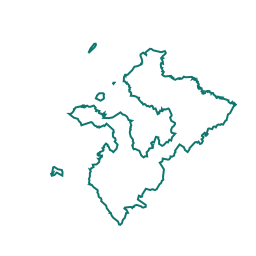 Serang, Banten, Indonesia, rotated 305°
{"feature_id": "22746128B3242616561013", "entity_name": "Serang", "entity_type": "district", "adm_level": 2, "iso_a3": "IDN", "parent_name": "Indonesia", "parent_adm1": "Banten", "projection": "mercator", "projection_center": [106.13, -6.072], "detail": "fine", "context": "isolated", "style": "outline", "palette": "teal", "viewbox_px": 256, "rotation_deg": 305, "n_neighbors": 0, "source": "geoboundaries", "source_scale": "gbopen_adm2", "svg_char_len": 5971}
<svg xmlns="http://www.w3.org/2000/svg" viewBox="0 0 256 256"><g transform="rotate(305 128 128)"><path d="M72.0,120.7L71.0,122.4L69.4,122.5L66.2,124.7L63.7,125.3L63.3,126.2L60.5,127.7L60.4,129.6L59.9,129.3L60.6,131.1L59.8,133.5L59.7,138.6L59.1,139.4L57.7,139.8L56.8,141.8L55.4,142.8L54.7,144.1L54.9,146.1L54.1,147.4L52.7,148.0L51.9,154.6L50.1,156.6L48.6,161.5L47.9,161.7L48.5,162.7L46.9,164.8L46.0,167.5L45.7,173.5L43.9,175.9L44.1,177.1L46.4,177.6L49.9,176.5L52.7,176.9L57.3,175.3L58.5,176.7L59.9,174.0L60.0,171.2L61.0,171.1L65.1,175.7L64.9,177.4L66.1,177.2L66.6,178.1L67.9,177.7L70.0,179.3L71.4,184.0L71.1,185.0L71.6,186.2L73.7,187.7L75.2,186.6L75.1,177.1L78.8,175.7L79.2,177.1L78.8,178.0L79.9,178.9L82.0,177.8L88.5,177.5L89.9,181.7L91.9,183.1L92.6,185.7L94.3,186.6L99.9,186.1L102.1,186.7L104.2,186.0L105.8,186.6L108.2,184.6L114.7,181.2L117.8,173.9L120.4,175.3L122.9,174.0L125.0,178.9L125.9,179.7L127.7,179.8L129.1,179.1L129.7,180.5L131.9,181.6L133.7,180.6L135.6,180.7L136.3,179.6L144.1,179.7L144.3,184.8L142.7,187.3L142.5,190.6L145.7,190.6L146.8,190.0L154.7,191.1L155.7,192.0L155.8,193.3L157.3,193.6L156.2,196.2L157.7,197.1L160.3,196.8L161.0,194.7L162.4,195.4L163.9,195.0L163.8,193.1L164.5,192.8L168.2,193.6L168.2,194.7L166.4,195.5L166.3,196.3L168.4,196.8L169.0,196.5L168.8,195.5L173.4,194.1L174.1,194.6L175.4,197.6L178.0,197.2L179.2,198.6L179.0,199.6L181.3,199.4L182.8,200.1L183.4,201.7L184.8,202.2L185.2,203.9L190.0,203.6L190.8,204.3L196.4,202.1L198.7,203.1L206.1,202.1L209.0,202.9L209.3,201.1L208.5,201.6L208.8,200.6L208.0,200.8L208.5,199.1L207.8,198.6L208.4,198.3L206.3,197.7L207.0,197.7L207.1,195.2L208.3,194.4L206.6,188.9L205.9,188.4L206.1,187.8L207.2,187.9L206.4,186.4L205.6,187.0L205.0,186.5L205.6,184.6L204.3,183.9L205.1,183.5L204.6,182.6L203.7,182.7L204.6,180.1L204.4,178.9L205.4,177.8L204.8,176.5L204.0,176.5L204.6,175.9L204.1,174.2L204.9,173.6L204.7,172.9L203.4,172.5L203.8,171.8L202.4,170.6L202.8,170.2L200.9,171.1L199.2,170.0L199.0,169.1L199.5,168.8L199.4,169.6L200.0,169.6L200.1,167.7L201.3,168.3L200.8,167.1L202.1,166.2L201.9,165.3L202.7,165.1L202.4,163.6L200.8,163.6L201.1,162.4L202.3,161.3L202.9,161.7L203.0,160.9L204.5,160.9L205.0,158.9L206.0,158.8L206.1,158.1L205.5,157.7L207.0,156.4L206.0,156.1L205.8,155.2L206.8,154.8L205.8,154.1L206.6,153.4L205.1,152.6L206.5,152.4L206.5,151.0L202.6,146.1L202.1,144.3L199.4,143.9L197.8,142.2L198.5,141.9L197.7,140.8L194.5,138.9L194.2,136.8L195.1,136.3L194.3,135.3L195.0,135.1L195.3,133.9L194.5,133.4L195.1,133.0L191.4,128.7L191.2,126.8L191.3,125.4L194.3,125.2L194.0,123.7L194.8,123.8L196.1,121.5L196.9,121.5L196.6,120.4L199.0,118.3L200.3,118.0L200.7,119.9L202.5,118.3L203.8,115.8L204.4,116.2L204.5,115.5L205.3,116.2L205.2,115.2L206.7,115.2L210.5,116.1L211.4,115.7L212.1,114.1L209.1,111.6L206.1,104.1L206.2,101.9L205.5,100.6L199.9,99.0L199.1,99.2L198.8,100.7L198.3,101.0L198.4,97.2L195.6,96.1L194.4,96.7L191.7,100.6L189.5,102.3L188.4,101.7L187.9,102.5L184.2,100.4L181.9,98.1L177.8,98.3L171.3,97.1L170.4,95.9L169.6,96.2L170.1,95.3L169.9,95.1L167.3,95.6L163.8,97.7L164.4,98.6L163.9,100.4L164.5,100.8L163.7,101.6L164.2,102.0L163.4,104.8L162.5,105.1L162.3,106.3L161.9,106.0L160.6,107.4L159.9,107.1L158.6,108.3L159.0,109.3L158.3,110.8L156.0,111.8L157.7,114.5L158.5,117.1L158.2,118.3L159.1,119.7L157.6,120.3L156.5,124.8L156.9,125.2L155.9,127.0L157.3,128.0L156.8,131.1L157.7,131.8L157.7,133.5L159.8,134.6L160.0,135.4L158.2,138.1L159.8,139.3L156.4,144.4L157.9,145.2L158.7,144.2L159.9,144.8L160.6,144.4L161.1,145.8L163.1,144.8L162.3,146.6L164.0,146.7L164.6,148.1L167.1,149.9L167.0,150.9L163.9,156.0L163.0,156.7L160.8,156.4L158.7,159.3L159.1,163.4L158.2,164.3L155.6,164.4L154.0,163.7L151.4,164.3L149.6,165.6L149.2,166.7L150.5,169.9L145.5,169.4L142.5,170.6L142.1,168.6L139.1,169.0L138.7,167.6L134.3,167.0L133.0,166.2L132.8,162.5L135.8,160.6L136.5,158.9L137.7,158.3L136.8,156.0L131.0,157.6L130.7,156.1L128.9,155.6L128.3,156.6L128.5,158.3L127.1,158.1L126.9,159.4L125.9,159.7L123.4,157.2L121.4,157.7L118.8,157.2L115.7,160.0L114.7,158.2L112.9,157.7L113.1,154.7L115.8,150.5L114.9,145.7L113.9,144.9L114.5,143.6L116.1,141.6L116.4,142.0L117.7,141.2L118.9,141.3L119.8,139.7L120.7,140.0L120.2,139.5L121.3,138.7L122.6,135.0L125.5,131.9L127.8,130.9L128.3,131.2L129.0,129.9L130.0,130.0L130.5,129.3L131.9,129.3L134.2,126.3L136.2,127.0L134.9,123.9L136.7,120.8L136.8,117.8L136.0,115.9L136.5,112.9L127.9,109.4L125.0,106.5L122.1,102.0L126.2,101.9L125.8,101.1L122.5,100.9L126.1,101.0L124.9,100.4L126.6,99.9L124.2,99.1L124.5,97.8L125.0,97.8L123.9,97.2L123.7,95.4L125.6,94.8L124.6,92.6L124.1,92.6L124.6,92.4L123.6,92.5L123.5,92.2L124.8,92.1L124.6,91.2L123.9,91.2L124.8,91.0L125.3,89.8L126.1,89.8L126.7,87.1L124.0,85.2L122.9,83.6L122.8,81.6L119.9,80.6L118.0,76.3L114.7,73.3L112.7,73.4L112.4,72.9L111.2,73.7L108.6,73.6L106.6,72.9L105.8,71.7L105.4,77.8L106.7,81.6L105.5,83.8L105.2,86.1L103.5,88.3L111.7,94.4L111.9,95.6L110.8,99.3L111.4,101.2L111.0,102.4L112.5,103.3L111.9,104.2L116.2,106.6L116.2,107.6L119.2,107.9L118.0,117.3L116.3,118.8L116.0,118.3L115.3,118.4L112.6,120.4L112.0,121.6L112.3,123.3L110.9,124.9L109.3,124.8L108.4,129.0L104.4,130.5L99.8,129.8L100.1,127.9L99.6,125.9L101.7,122.8L101.5,121.6L102.6,120.9L102.6,118.9L99.1,118.6L98.3,119.6L96.8,118.7L96.1,120.5L94.9,120.6L92.2,118.8L90.6,119.5L90.5,118.2L89.5,117.9L88.4,118.7L88.6,120.1L90.5,122.5L89.5,123.1L87.1,122.2L87.0,122.7L86.4,122.7L85.7,121.4L85.1,123.1L83.6,123.9L80.1,123.1L77.7,120.2L76.3,122.2L73.6,120.9L72.1,121.4L72.0,120.7ZM52.8,89.3L47.5,91.7L48.6,92.3L46.8,92.5L47.1,91.8L46.4,91.3L45.2,93.0L47.3,94.7L50.6,95.2L51.3,101.5L54.3,99.7L55.6,97.8L54.0,94.3L53.8,89.9L52.8,89.3ZM142.2,87.7L140.0,84.6L136.9,84.0L133.8,84.7L134.6,89.8L137.7,91.2L138.7,91.2L140.6,89.4L142.0,89.0L142.2,87.7ZM171.7,51.7L166.8,52.6L175.0,54.3L177.7,54.1L178.5,53.1L177.6,52.1L171.7,51.7ZM156.8,90.1L156.0,90.2L155.8,90.8L157.3,90.9L156.8,90.1ZM121.0,79.2L120.6,78.3L120.2,78.7L121.0,79.2ZM119.5,77.8L119.9,77.8L119.5,77.5L119.5,77.8Z" fill="none" stroke="#0f766e" stroke-width="2"/></g></svg>